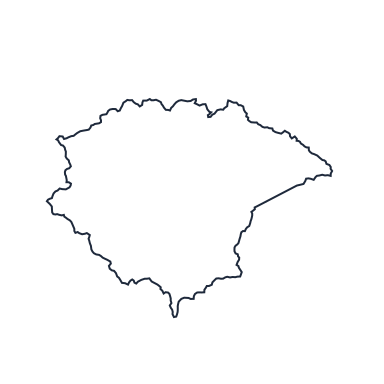 Sete Barras, São Paulo, Brazil (Mercator projection), rotated 248°
{"feature_id": "56859067B13944470581670", "entity_name": "Sete Barras", "entity_type": "district", "adm_level": 2, "iso_a3": "BRA", "parent_name": "Brazil", "parent_adm1": "São Paulo", "projection": "mercator", "projection_center": [-47.936, -24.296], "detail": "fine", "context": "isolated", "style": "outline", "palette": "slate", "viewbox_px": 384, "rotation_deg": 248, "n_neighbors": 0, "source": "geoboundaries", "source_scale": "gbopen_adm2", "svg_char_len": 4481}
<svg xmlns="http://www.w3.org/2000/svg" viewBox="0 0 384 384"><g transform="rotate(248 192 192)"><path d="M82.8,128.4L82.4,130.7L84.1,132.2L86.1,133.7L87.7,134.5L89.9,135.4L91.5,136.0L93.1,137.0L95.3,138.6L96.9,142.1L96.9,145.2L95.0,149.2L93.4,150.6L92.3,153.5L94.7,154.7L96.3,156.5L96.9,159.1L96.3,160.9L95.3,163.2L94.4,165.8L96.7,166.9L98.0,168.9L99.3,170.5L98.5,172.6L98.6,175.6L100.6,177.1L101.9,180.1L102.7,182.1L102.0,184.4L100.7,186.4L100.0,188.4L100.4,190.9L100.2,192.9L98.5,195.3L98.0,197.8L96.8,200.2L96.5,202.4L95.6,205.0L97.0,206.3L99.1,208.1L101.7,207.6L104.2,207.1L106.0,207.3L107.7,206.0L110.0,208.1L111.6,210.3L113.5,211.2L115.1,210.6L117.1,211.1L118.7,209.4L121.1,209.2L123.0,209.9L124.7,210.7L125.9,212.3L126.4,214.3L127.2,215.9L129.0,217.3L130.7,218.6L132.6,220.2L134.7,221.5L136.2,222.7L136.7,224.7L135.9,226.4L137.5,228.0L138.6,229.9L139.0,232.3L141.2,234.2L143.1,235.5L144.5,236.8L146.0,237.9L147.8,239.1L149.6,239.8L151.3,239.6L151.8,241.5L152.5,243.8L154.2,244.3L154.4,247.0L154.6,249.1L158.7,291.7L158.2,294.8L157.7,298.4L159.8,301.2L161.6,302.8L161.0,305.1L159.8,307.0L157.7,309.4L159.6,312.2L160.2,313.9L159.6,316.2L159.2,319.2L157.5,321.5L156.7,324.3L155.0,326.6L157.2,327.6L159.0,329.8L161.6,329.2L163.2,330.0L165.6,329.5L167.7,327.2L170.3,327.4L171.8,326.5L172.8,324.9L175.7,323.3L178.9,321.8L181.4,319.4L182.9,317.6L185.3,316.3L187.0,316.0L189.5,316.9L190.5,314.8L192.2,313.4L194.0,312.7L196.2,311.1L198.1,310.9L199.5,309.8L200.3,308.2L202.1,309.1L205.0,308.1L204.3,304.6L206.9,303.8L209.1,304.4L210.8,303.6L212.5,302.0L214.0,301.0L213.3,298.9L212.7,296.6L214.8,293.7L216.3,291.8L218.6,290.1L220.8,290.3L222.3,287.4L223.8,286.1L224.6,283.4L226.0,281.7L228.5,280.4L230.0,278.8L232.2,278.1L232.9,276.2L234.5,273.0L236.3,271.7L238.0,270.9L239.9,272.0L241.7,270.6L244.2,272.2L246.0,271.3L248.6,270.9L252.1,271.5L254.2,269.7L255.0,267.8L258.2,266.8L259.1,264.3L260.4,262.8L262.0,261.5L263.3,259.9L261.2,258.3L258.4,256.8L257.6,253.3L256.6,251.8L257.9,249.4L258.4,246.1L256.2,242.2L256.1,239.8L254.7,237.4L255.4,235.1L257.3,235.5L257.7,237.4L258.7,239.6L259.7,238.2L262.9,237.2L266.0,237.4L268.4,237.4L269.3,234.8L269.3,231.4L271.3,229.7L273.3,227.8L275.1,229.9L276.7,230.4L277.4,227.5L276.9,224.9L277.8,221.7L279.5,219.1L281.2,216.5L281.6,213.9L281.1,211.0L279.9,208.5L278.6,206.4L277.8,204.2L275.8,202.1L277.0,200.7L278.0,198.5L280.8,197.6L283.1,197.3L284.8,196.7L286.9,196.8L288.9,195.2L291.0,193.2L291.5,190.6L292.3,188.7L294.0,187.7L293.7,184.2L295.0,181.0L293.6,179.6L291.4,178.4L290.9,175.6L293.6,174.6L295.0,172.9L297.2,171.6L299.6,170.9L300.4,168.5L301.6,166.5L301.0,164.5L300.5,161.9L297.9,159.4L296.1,157.1L294.6,155.6L294.7,153.4L297.5,152.3L298.7,149.5L299.2,146.9L298.6,144.7L297.4,143.4L296.2,141.8L296.6,140.0L297.1,137.9L296.9,135.7L294.8,134.5L292.6,134.5L290.9,133.8L290.5,131.6L291.1,129.0L291.5,127.3L291.1,125.6L291.4,123.5L289.8,122.0L288.5,119.7L288.8,117.9L289.6,114.3L290.2,111.2L289.7,107.6L289.0,105.1L288.4,103.3L289.0,101.0L289.0,98.0L288.8,95.9L289.1,93.2L291.9,92.9L293.4,90.0L292.1,87.8L291.5,86.1L290.1,87.2L288.1,87.3L284.6,88.2L283.4,89.8L280.9,90.6L278.6,90.2L276.8,90.2L274.2,89.1L272.2,88.1L270.0,88.4L267.5,89.6L265.6,89.2L263.0,89.4L261.2,89.3L260.0,87.0L260.2,84.8L259.6,82.8L258.1,81.6L255.7,80.9L254.1,81.1L249.9,80.3L248.1,79.3L247.2,81.4L245.1,82.9L243.5,81.9L242.2,80.2L241.7,76.0L243.3,72.7L244.8,70.6L243.7,67.9L243.7,65.6L242.5,63.1L240.3,61.0L238.8,59.8L239.0,57.6L238.8,55.6L237.8,54.0L234.1,55.7L231.1,56.6L227.6,55.4L225.4,54.7L223.4,55.2L222.3,57.0L222.0,58.7L220.6,60.3L219.1,62.5L218.8,64.6L217.0,64.4L215.2,65.6L213.7,66.4L211.5,68.1L209.5,68.9L206.9,69.0L202.0,69.1L199.9,68.3L197.8,68.6L197.7,71.0L196.1,72.0L194.0,74.3L193.4,77.1L193.3,79.1L190.4,81.1L188.9,80.0L187.4,78.6L185.4,78.5L182.7,78.1L180.0,78.1L176.5,77.2L174.1,77.4L172.0,78.1L170.0,79.8L168.5,82.3L166.7,83.6L164.6,84.6L162.7,86.3L160.8,88.1L158.1,90.2L156.0,89.9L154.6,87.3L151.7,87.0L149.4,88.3L148.1,90.2L145.3,91.1L141.7,91.0L139.9,92.1L137.7,92.5L134.0,93.0L132.5,95.8L130.1,98.0L131.8,99.8L132.9,101.8L133.3,103.8L131.7,104.8L129.5,104.7L128.0,106.0L129.1,108.2L129.5,112.1L129.3,115.6L128.4,118.0L127.9,120.1L125.9,120.6L124.1,121.1L122.3,122.6L119.1,125.3L117.0,126.5L115.4,127.3L113.9,126.4L111.6,127.5L108.5,127.7L109.0,129.9L107.7,132.2L105.9,132.9L103.7,132.7L101.3,132.4L99.4,131.6L96.7,131.3L95.1,128.9L92.4,129.0L90.4,129.5L88.0,129.2L86.1,128.2L82.8,128.4Z" fill="none" stroke="#1e293b" stroke-width="2"/></g></svg>